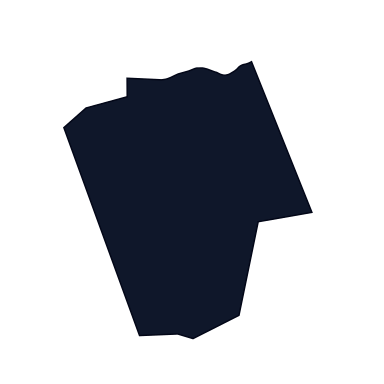 Enfield, Albers equal-area conic projection, rotated 242°
{"feature_id": "GBR-2067", "entity_name": "Enfield", "entity_type": "London Borough", "adm_level": 1, "iso_a3": "GBR", "parent_name": "United Kingdom", "parent_adm1": "", "projection": "albers", "projection_center": [-0.041, 51.645], "detail": "fine", "context": "isolated", "style": "filled", "palette": "ink", "viewbox_px": 384, "rotation_deg": 242, "n_neighbors": 0, "source": "natural_earth", "source_scale": "10m", "svg_char_len": 716}
<svg xmlns="http://www.w3.org/2000/svg" viewBox="0 0 384 384"><g transform="rotate(242 192 192)"><path d="M89.9,78.3L309.0,109.1L315.9,137.9L306.5,179.5L322.9,188.1L307.2,214.6L305.5,217.4L305.0,218.6L303.9,221.7L303.5,223.5L303.1,226.9L302.9,232.0L302.7,235.2L300.6,244.8L300.3,246.3L299.8,251.2L299.6,252.8L299.2,254.3L296.6,259.4L295.6,260.7L293.3,263.2L287.4,268.4L286.0,269.9L283.0,272.0L281.7,273.2L280.6,274.4L279.7,275.8L279.3,276.8L278.7,279.0L278.5,280.5L278.8,286.3L279.3,289.1L280.4,292.3L280.6,293.8L280.6,295.5L280.4,297.1L279.6,299.8L279.3,301.6L279.1,303.4L279.1,305.7L117.8,288.3L134.7,236.5L61.1,175.6L62.1,124.1L73.4,112.7L89.9,78.3Z" fill="#0f172a" stroke="#020617" stroke-width="1.5"/></g></svg>